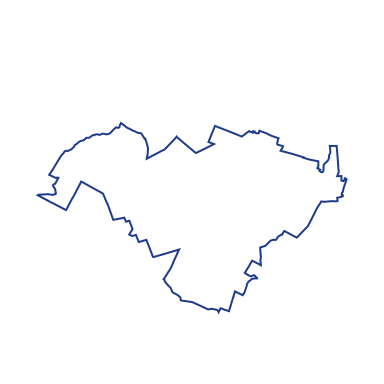 the district of Cobadin, Constanta, Romania, rotated 205°
{"feature_id": "2599482B18886036836005", "entity_name": "Cobadin", "entity_type": "district", "adm_level": 2, "iso_a3": "ROU", "parent_name": "Romania", "parent_adm1": "Constanta", "projection": "natural_earth1", "projection_center": [28.207, 44.043], "detail": "fine", "context": "isolated", "style": "outline", "palette": "blue", "viewbox_px": 384, "rotation_deg": 205, "n_neighbors": 0, "source": "geoboundaries", "source_scale": "gbopen_adm2", "svg_char_len": 5852}
<svg xmlns="http://www.w3.org/2000/svg" viewBox="0 0 384 384"><g transform="rotate(205 192 192)"><path d="M167.1,92.8L163.9,92.7L162.2,92.6L159.0,91.9L158.4,91.7L157.8,91.3L157.0,90.0L156.7,89.4L156.5,89.2L156.3,89.1L155.9,89.1L145.7,92.2L145.3,92.3L139.4,92.4L127.9,92.4L127.5,92.5L127.0,92.9L124.9,94.4L124.4,94.6L119.9,95.6L119.4,95.7L118.7,95.5L117.6,94.9L117.1,94.4L117.0,98.7L108.1,99.6L110.2,113.8L110.2,114.4L110.0,114.7L110.0,114.8L110.3,115.0L110.4,115.3L110.5,116.4L110.6,117.1L110.8,118.6L110.9,119.3L111.0,120.1L107.9,120.0L102.4,119.9L102.5,121.5L102.1,121.8L102.0,122.1L102.2,125.7L102.3,126.5L102.7,129.9L103.2,131.3L103.3,131.7L103.1,132.6L103.0,134.6L102.8,134.9L101.9,136.3L101.0,138.5L100.5,138.8L100.1,139.2L97.8,140.7L97.5,140.9L96.8,141.0L96.5,141.1L96.4,141.2L96.4,141.3L99.2,142.5L100.2,142.8L100.5,142.8L100.8,142.7L102.5,140.9L102.8,140.6L103.1,140.4L103.3,140.3L103.6,140.3L104.0,140.3L108.5,140.7L109.1,140.9L110.0,141.0L109.1,147.9L109.1,148.0L108.5,155.2L108.4,155.2L98.6,154.8L99.3,156.0L100.8,158.3L101.0,158.7L101.7,160.9L102.2,162.5L103.9,165.3L104.7,166.7L106.6,170.1L106.7,170.8L106.1,171.0L105.3,171.8L103.8,173.3L102.8,174.2L102.6,174.6L101.5,177.6L100.6,180.3L100.4,180.9L98.6,182.6L97.9,183.2L97.5,183.4L96.5,183.5L96.2,183.7L95.9,184.0L95.6,184.4L95.5,184.7L95.2,187.7L93.9,189.7L93.8,190.0L93.2,190.8L93.1,191.1L93.0,191.3L92.7,191.5L92.3,191.5L92.1,195.0L91.9,195.5L91.7,195.7L91.4,195.7L78.2,194.9L77.9,195.0L77.7,195.0L75.3,202.1L72.6,209.7L72.3,215.3L71.9,229.8L71.8,231.0L70.9,237.0L70.9,238.0L68.6,238.8L66.9,239.6L64.2,241.2L61.6,242.7L60.5,243.2L59.0,243.7L56.8,244.9L56.3,245.4L57.9,248.1L57.6,248.2L55.2,250.4L54.5,250.9L53.8,251.6L53.6,252.0L53.8,252.1L53.9,252.7L54.0,252.7L54.8,252.6L55.6,253.5L55.6,254.8L55.4,255.4L55.4,255.9L55.5,256.4L56.1,259.1L56.2,259.6L56.5,261.8L56.6,262.5L56.7,264.5L56.9,265.9L57.2,268.4L57.8,268.1L58.0,268.9L58.1,269.1L59.2,269.2L59.3,269.1L59.1,268.0L59.1,267.4L59.1,266.7L59.4,265.8L61.4,265.5L63.3,269.6L67.1,267.7L67.1,267.9L67.4,272.1L69.4,275.4L71.3,278.8L74.8,285.2L80.4,294.9L86.6,292.0L85.1,289.6L83.4,286.5L83.2,285.9L83.2,282.6L83.1,282.4L82.5,281.8L82.4,281.6L82.2,281.1L82.1,278.4L82.6,276.5L83.1,275.4L84.2,272.3L82.9,269.3L82.1,267.3L81.9,266.7L81.8,265.8L81.9,265.5L82.1,265.2L82.3,265.0L82.6,264.8L83.7,264.7L85.4,265.0L85.3,266.3L85.9,266.2L86.5,266.4L87.1,266.5L87.9,266.5L88.4,266.5L88.6,267.5L88.1,267.8L88.4,268.6L89.8,271.9L90.2,272.7L90.7,273.2L94.9,272.1L100.1,270.9L106.2,270.0L106.5,270.2L106.3,270.5L118.0,268.8L129.1,266.8L128.7,270.8L128.8,271.9L128.9,272.0L129.2,272.0L132.0,271.5L134.2,271.1L134.4,271.1L134.6,271.1L135.0,271.6L135.5,272.6L135.8,273.8L136.1,275.4L136.3,277.3L140.3,276.8L144.5,276.5L149.7,276.6L154.0,276.2L155.4,276.1L156.7,276.1L156.4,273.6L156.6,273.6L156.8,273.1L157.3,272.8L160.5,272.3L160.8,273.3L162.3,272.9L162.1,271.5L162.9,271.4L163.8,271.4L164.1,271.2L164.9,271.2L165.1,271.3L165.9,271.4L170.3,263.3L181.7,262.7L199.1,261.6L198.2,244.3L192.4,244.7L192.8,244.2L193.2,243.8L193.5,243.2L202.2,232.3L204.8,229.1L205.1,229.0L205.6,229.1L221.7,233.4L229.2,235.5L229.4,235.6L229.4,235.0L231.1,229.8L234.6,219.5L234.8,218.9L235.7,217.9L236.9,216.4L241.7,210.1L247.1,203.0L248.3,207.8L250.2,212.7L251.1,214.0L253.1,216.4L254.5,218.0L256.9,220.6L257.4,220.2L258.4,220.9L262.8,223.7L266.1,222.8L267.5,222.8L270.4,222.8L270.7,222.7L272.3,222.7L275.8,222.9L276.3,222.8L276.9,222.8L278.0,222.8L278.4,222.9L281.6,223.7L283.7,224.1L285.5,224.4L285.6,221.5L285.5,221.3L285.3,220.7L285.2,220.4L285.2,220.2L285.3,219.8L285.6,219.3L286.1,218.9L286.6,218.7L287.4,218.7L288.0,218.5L288.3,218.2L290.1,213.9L290.3,212.5L290.7,211.5L291.4,210.4L291.7,209.8L291.8,209.6L292.1,209.4L292.8,208.9L293.1,208.6L293.9,208.1L294.8,207.8L295.4,207.8L296.3,207.6L296.6,207.5L297.1,207.3L297.4,207.1L298.3,206.4L299.6,205.0L300.2,204.6L300.6,204.5L301.7,204.4L302.8,204.0L303.1,203.9L303.9,203.1L304.5,202.4L304.6,202.2L305.0,202.1L305.7,201.7L306.1,201.2L306.8,200.1L307.8,198.2L308.1,197.8L309.3,197.0L310.4,196.6L310.7,196.3L310.9,196.0L311.2,195.0L312.0,193.4L312.3,192.9L312.7,192.6L313.6,192.0L314.0,191.6L314.6,190.9L315.3,190.1L315.5,189.8L316.0,188.9L316.2,188.1L316.9,186.6L317.9,185.4L318.1,185.0L318.1,184.7L318.0,183.4L318.1,183.0L318.2,182.6L319.1,180.6L319.2,179.8L320.8,178.1L321.1,177.7L321.4,177.2L321.6,176.8L322.1,176.7L323.0,176.4L323.4,176.2L323.8,175.9L324.2,175.5L324.5,175.2L325.0,172.5L325.1,172.0L325.5,171.2L326.0,169.0L326.7,163.1L327.8,152.7L328.2,150.5L328.7,147.2L321.9,147.2L321.4,147.2L321.2,147.3L320.3,148.1L320.0,148.2L319.1,148.4L319.5,141.7L319.7,141.4L319.8,141.2L320.3,140.7L320.6,140.4L320.8,140.1L320.8,139.3L320.7,139.0L320.5,138.8L317.4,136.8L317.1,136.5L314.7,133.1L314.9,132.5L315.2,132.3L315.6,132.0L315.5,131.8L316.1,131.4L317.1,130.5L317.3,130.4L317.8,130.2L319.3,129.8L321.3,129.3L321.9,129.1L322.3,128.8L322.4,128.7L329.7,124.8L329.9,124.6L330.2,124.2L330.4,123.9L316.4,123.1L302.8,122.6L301.7,122.5L298.5,122.4L297.8,136.1L297.6,136.4L297.6,136.6L296.8,153.4L296.8,154.4L296.9,154.5L296.5,154.7L284.9,153.8L284.7,153.8L280.6,153.5L274.0,153.1L272.1,152.9L271.6,152.7L271.4,152.4L264.4,146.0L264.0,146.0L251.6,133.5L245.6,137.8L243.7,139.2L243.0,139.7L242.6,140.1L239.2,137.2L236.6,139.5L230.9,133.9L230.2,133.1L230.2,132.9L231.0,126.9L228.5,126.8L227.5,126.9L227.2,127.1L224.7,129.4L219.1,124.2L213.2,129.3L210.5,126.8L204.8,121.4L200.1,116.8L199.7,116.7L199.5,116.8L199.0,117.1L195.8,119.9L193.6,121.8L191.8,123.4L179.4,134.4L179.4,132.5L179.3,126.5L179.3,121.8L179.3,121.0L179.1,118.8L179.0,116.8L179.1,113.3L179.4,110.7L179.5,110.5L179.6,110.3L179.7,109.3L179.9,107.3L180.3,104.5L180.7,102.0L180.9,101.1L180.3,101.1L180.1,101.0L179.2,99.9L179.0,99.7L176.9,98.4L174.7,97.5L171.0,96.1L170.6,95.9L167.7,93.2L167.4,93.0L167.1,92.8Z" fill="none" stroke="#1e3a8a" stroke-width="2"/></g></svg>